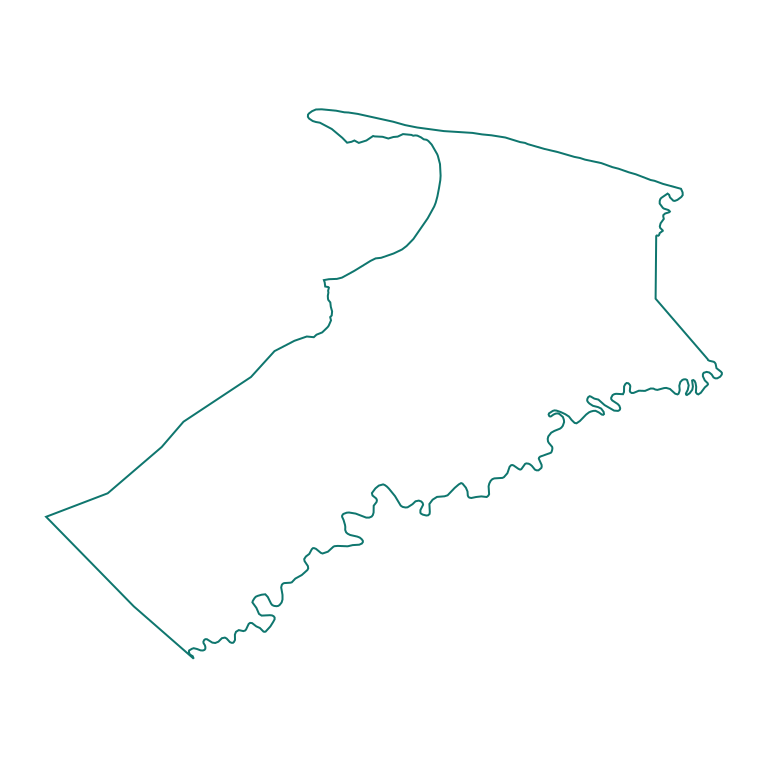 Trujillo, Colón, Honduras
{"feature_id": "27666195B42436933929514", "entity_name": "Trujillo", "entity_type": "district", "adm_level": 2, "iso_a3": "HND", "parent_name": "Honduras", "parent_adm1": "Colón", "projection": "albers", "projection_center": [-85.893, 15.828], "detail": "fine", "context": "isolated", "style": "outline", "palette": "teal", "viewbox_px": 768, "rotation_deg": 0, "n_neighbors": 0, "source": "geoboundaries", "source_scale": "gbopen_adm2", "svg_char_len": 6126}
<svg xmlns="http://www.w3.org/2000/svg" viewBox="0 0 768 768"><path d="M681.0,188.8L663.0,183.9L654.5,180.8L650.6,180.0L635.8,174.3L628.8,172.3L618.5,168.7L612.3,167.1L601.3,163.1L584.9,159.6L580.0,158.0L574.4,156.9L557.9,152.1L544.3,148.9L527.7,144.1L525.0,142.9L520.2,142.1L505.3,137.5L491.4,135.3L482.1,134.4L472.4,132.9L443.9,131.1L417.2,127.5L405.1,125.1L393.1,121.7L357.7,113.9L348.4,112.5L344.4,112.3L336.1,110.7L321.6,109.3L315.9,109.5L312.0,111.2L308.9,113.5L308.0,114.7L307.9,116.8L309.0,118.5L312.7,121.0L315.9,122.0L319.9,122.7L331.8,129.0L342.3,137.8L347.1,142.7L351.5,141.8L354.4,140.5L358.8,142.9L366.4,140.5L373.1,136.0L374.5,136.4L382.6,136.8L388.3,138.5L393.4,137.0L397.7,136.6L403.0,134.1L411.4,134.9L413.2,135.7L415.2,135.4L417.3,135.6L421.1,137.4L423.7,139.3L426.6,139.8L428.4,141.0L431.7,144.6L437.2,154.2L437.9,156.0L440.0,164.1L440.6,175.7L440.3,180.2L439.0,188.1L437.4,196.4L435.7,202.7L434.2,206.5L427.7,218.3L413.4,239.0L406.6,246.0L402.0,249.5L393.6,253.5L381.1,257.8L375.6,258.4L370.5,260.9L354.4,270.8L342.0,277.6L336.9,278.9L329.0,279.2L323.9,280.1L324.7,282.4L325.2,286.5L328.4,287.1L328.9,287.7L328.1,290.8L328.4,292.6L327.8,295.9L328.0,298.9L328.4,300.1L330.3,302.4L330.8,306.8L332.1,311.4L331.7,315.5L330.2,317.1L331.0,320.4L328.7,325.7L327.6,327.2L322.2,332.4L316.5,334.7L313.8,337.2L306.8,336.5L294.4,340.8L274.5,351.1L251.0,377.0L183.5,421.7L161.7,447.0L107.7,493.3L46.1,516.8L133.8,606.4L193.7,658.7L192.7,656.2L190.2,654.7L189.5,653.8L188.9,652.0L189.1,650.5L191.9,648.8L193.7,648.2L197.0,649.0L200.7,650.4L202.9,650.5L204.5,649.9L205.3,648.8L205.4,647.1L204.9,645.3L203.5,643.0L203.4,641.7L204.1,640.1L205.3,639.2L206.9,639.2L212.3,642.6L215.2,643.0L218.4,641.7L221.9,638.2L224.9,637.6L226.6,638.5L229.9,642.1L231.5,642.8L233.0,642.8L234.0,641.9L235.0,639.9L234.9,634.6L236.0,631.8L238.8,630.1L243.4,631.1L245.2,630.5L246.1,629.4L248.7,623.9L250.1,622.9L252.1,623.1L256.3,626.4L259.9,628.0L263.5,631.6L264.7,631.8L265.6,631.6L270.3,626.5L273.2,621.9L274.6,619.3L274.6,617.5L273.6,616.2L272.0,615.4L269.8,615.2L261.6,615.6L259.0,613.9L256.4,607.9L252.4,602.4L252.8,600.9L254.4,598.3L255.7,596.8L257.6,595.9L261.7,594.7L265.3,594.3L267.8,597.0L271.1,603.7L272.3,605.1L274.1,605.9L276.6,606.2L278.2,605.9L279.6,605.0L281.6,602.5L282.5,599.5L282.5,594.9L281.2,587.5L281.8,584.9L282.7,583.8L284.1,583.1L290.4,582.7L291.8,582.3L295.3,578.6L301.8,575.0L307.4,570.0L308.2,568.4L307.9,566.1L304.6,561.2L304.2,559.1L305.9,556.5L309.3,553.9L311.8,549.2L313.0,548.1L314.0,548.1L315.9,548.8L320.9,552.9L322.6,553.5L327.9,551.7L333.4,546.7L334.5,546.2L337.7,545.9L347.7,546.3L352.7,545.1L359.3,544.7L361.9,543.5L362.9,542.0L362.8,540.7L361.7,539.2L359.8,537.6L357.3,536.6L350.2,535.0L347.6,533.7L346.1,532.3L345.2,529.9L345.3,526.9L345.0,524.9L343.6,520.1L342.1,516.8L342.1,515.8L342.8,514.5L343.5,513.9L346.7,512.7L349.0,512.5L355.7,513.6L366.2,517.6L369.2,517.6L371.6,516.6L372.8,515.1L373.6,512.5L373.7,505.7L376.5,502.1L376.9,500.6L376.7,499.4L376.0,498.3L372.5,495.5L371.9,493.1L375.4,488.4L378.8,485.6L383.1,484.4L384.7,485.0L386.8,486.5L388.8,488.5L395.0,496.1L400.7,505.6L402.6,506.9L405.5,507.5L407.6,507.3L412.5,504.2L415.5,501.3L418.8,500.6L421.3,501.5L422.7,503.1L423.1,504.8L420.4,510.1L420.4,512.8L421.0,513.6L422.7,514.6L426.3,515.5L428.1,515.3L429.6,513.9L429.8,511.8L429.4,504.0L432.6,499.7L437.0,496.9L444.5,496.3L447.6,495.3L454.7,487.9L458.8,484.4L461.1,483.1L462.5,483.6L465.9,487.7L467.5,491.5L467.8,495.6L468.4,496.8L469.3,497.6L471.3,498.0L476.1,497.0L481.3,496.4L486.7,497.0L488.3,495.7L489.1,494.2L488.6,486.3L489.3,483.5L490.7,480.8L492.3,479.2L494.3,478.4L502.4,477.9L503.9,477.2L507.4,473.2L509.6,466.8L511.0,465.3L512.1,465.0L513.5,465.4L518.5,468.9L520.1,469.6L521.3,469.2L525.1,463.9L526.3,463.4L528.6,463.7L530.2,464.5L531.9,465.9L534.9,469.6L536.5,470.3L538.5,470.3L541.3,468.0L541.7,466.8L541.6,464.9L538.8,458.7L539.1,457.6L540.2,456.6L550.8,452.8L551.6,451.8L552.2,449.8L552.4,448.1L552.1,446.8L548.8,442.9L548.0,441.4L547.7,438.9L548.3,436.4L551.2,432.7L554.4,430.9L559.9,428.7L561.4,427.6L562.8,425.8L564.1,422.1L563.9,419.9L562.9,417.0L559.3,413.9L557.5,413.4L555.7,413.6L553.6,414.5L550.9,416.4L550.1,416.5L549.3,416.1L548.6,414.6L549.0,413.4L552.8,410.9L554.5,410.4L556.5,410.6L560.6,412.0L565.3,414.2L569.0,416.6L571.6,420.0L574.6,422.9L576.5,423.3L579.9,421.0L586.2,414.5L589.1,412.3L591.0,411.5L593.3,410.9L595.5,410.8L598.8,412.4L601.9,414.6L603.2,414.8L604.0,414.1L603.6,411.8L601.2,408.6L598.1,407.1L592.9,405.8L589.5,403.6L588.0,402.1L587.2,400.7L587.3,399.1L588.1,397.3L589.6,396.2L590.7,396.5L594.3,398.6L598.4,399.6L604.6,405.1L614.1,410.6L618.0,410.9L619.4,410.2L620.0,409.3L620.2,408.2L619.3,405.7L617.7,404.0L612.2,400.4L611.2,399.0L611.2,397.7L612.6,395.1L614.2,394.2L616.0,393.8L623.0,394.2L624.0,392.0L624.1,386.4L625.3,384.1L626.6,383.0L628.4,383.3L629.8,384.8L630.3,386.1L629.8,390.9L630.4,392.2L631.7,393.0L633.6,392.9L638.9,390.7L645.0,390.9L650.7,388.5L653.5,388.6L655.2,389.5L657.4,389.9L664.0,388.1L666.2,387.9L670.0,389.0L675.2,393.7L677.5,394.4L678.5,393.8L679.4,391.5L679.7,389.9L679.3,385.8L680.3,382.1L682.4,379.9L684.1,379.3L685.7,379.3L687.1,380.1L688.7,385.4L687.8,389.8L685.9,393.5L686.1,394.6L686.9,395.0L689.6,393.3L692.3,389.7L692.9,386.5L692.1,380.5L693.2,380.0L694.5,380.8L695.5,382.9L696.2,386.8L695.9,392.4L697.1,393.9L698.3,394.4L700.8,392.8L704.9,387.3L707.4,385.2L708.0,384.2L707.6,383.1L704.8,380.4L702.9,376.3L702.9,374.2L703.7,372.8L706.6,371.9L709.3,372.5L711.7,374.5L713.5,377.4L715.2,378.3L717.3,378.3L720.2,376.7L721.8,374.5L721.9,372.9L721.1,371.8L716.5,368.2L715.6,363.8L714.8,362.6L713.8,361.8L709.5,360.8L708.1,360.1L707.7,359.2L655.6,298.7L656.2,236.1L656.7,235.5L658.4,235.7L659.1,235.0L659.7,233.1L662.8,230.8L662.7,230.4L660.2,227.9L659.8,226.3L660.6,223.3L663.8,218.9L663.2,216.1L663.4,215.0L665.1,213.5L669.1,212.3L669.9,211.6L669.4,210.8L668.3,210.0L663.9,208.6L662.8,207.8L659.7,203.6L659.7,201.0L660.3,199.1L661.3,197.9L667.6,193.6L669.1,194.8L670.0,197.4L673.3,200.7L674.8,200.9L677.4,199.9L681.3,197.0L682.7,195.1L682.6,192.4L681.0,188.8Z" fill="none" stroke="#0f766e" stroke-width="2"/></svg>